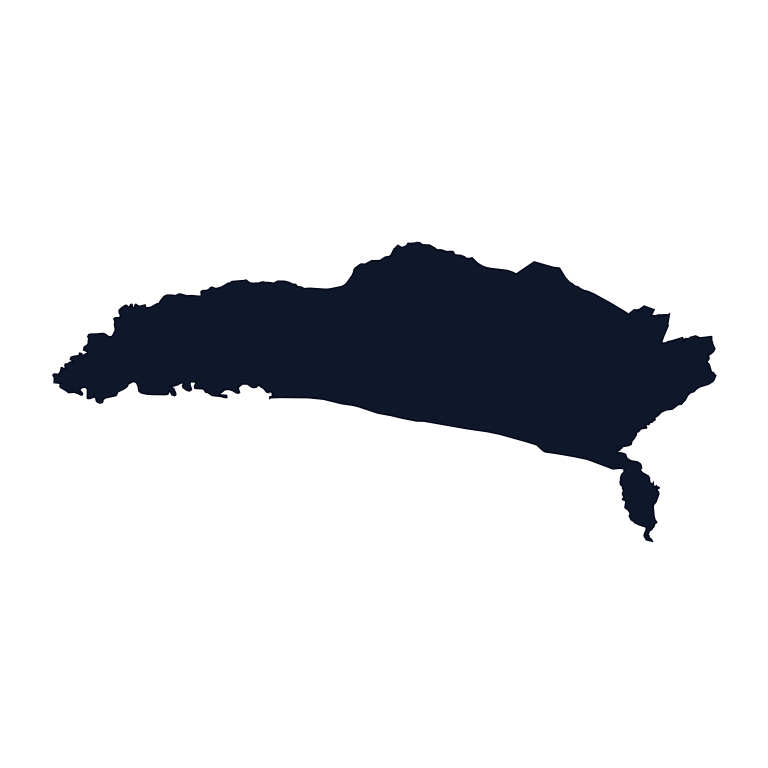 the district of Viterbo, Caldas, Colombia, rotated 93°
{"feature_id": "7082276B24939675265994", "entity_name": "Viterbo", "entity_type": "district", "adm_level": 2, "iso_a3": "COL", "parent_name": "Colombia", "parent_adm1": "Caldas", "projection": "equal_earth", "projection_center": [-75.869, 5.037], "detail": "fine", "context": "isolated", "style": "filled", "palette": "ink", "viewbox_px": 768, "rotation_deg": 93, "n_neighbors": 0, "source": "geoboundaries", "source_scale": "gbopen_adm2", "svg_char_len": 6133}
<svg xmlns="http://www.w3.org/2000/svg" viewBox="0 0 768 768"><g transform="rotate(93 384 384)"><path d="M462.0,115.4L459.1,121.3L456.4,124.0L454.6,122.4L452.0,122.9L450.2,124.0L448.5,127.0L447.9,132.6L446.8,135.6L444.9,138.0L442.1,138.8L441.2,140.0L440.4,143.5L440.5,147.3L438.1,147.3L438.3,146.6L437.6,145.1L436.3,144.7L435.5,143.2L434.0,142.5L432.7,136.7L431.3,134.0L428.0,133.5L425.4,131.4L421.5,129.4L419.1,129.4L418.2,127.3L415.3,125.2L414.2,119.7L413.5,119.5L412.0,120.4L411.1,120.0L410.5,119.2L410.6,117.3L408.8,116.9L407.8,113.9L406.2,113.0L405.7,111.5L405.1,111.3L403.9,112.2L403.1,111.8L401.6,109.2L397.4,105.5L395.0,100.5L394.0,94.8L389.0,89.0L388.7,86.1L384.4,82.5L379.5,80.2L376.8,77.8L375.3,74.0L372.7,71.9L370.2,68.4L367.4,60.4L364.5,56.1L363.1,54.9L358.3,53.1L356.4,55.2L355.4,55.5L355.1,57.6L347.4,60.3L345.2,62.8L342.0,60.8L340.6,60.8L338.8,61.9L335.4,57.7L333.9,56.4L331.3,55.5L327.8,57.4L323.0,59.1L319.9,59.2L319.5,59.5L321.5,70.9L319.7,75.3L321.3,80.2L323.1,82.5L322.8,85.0L323.5,85.9L325.5,86.3L322.1,88.4L326.1,99.4L326.7,102.2L328.2,104.8L328.8,109.2L322.4,107.5L310.9,103.3L309.5,103.8L299.2,102.7L300.2,103.9L300.0,106.4L300.4,107.6L300.3,109.3L301.0,110.8L300.4,111.7L300.8,112.2L300.7,114.0L301.7,115.9L301.7,120.8L295.7,118.2L292.6,128.3L296.3,132.9L297.0,136.0L296.7,137.9L301.6,143.5L299.2,147.3L291.2,162.5L282.9,179.7L280.8,185.5L280.1,189.5L278.3,193.4L277.0,195.0L276.2,198.6L274.2,201.1L272.6,204.3L268.2,208.6L259.1,214.8L258.7,221.2L254.2,240.4L267.4,257.8L265.8,261.0L264.2,266.8L263.0,284.3L262.2,289.0L261.1,292.0L258.6,296.8L253.4,302.7L254.3,305.6L254.2,308.5L252.8,310.3L251.6,313.8L251.4,319.5L250.7,320.5L248.2,322.0L248.1,324.6L248.6,328.3L247.1,333.6L247.3,338.3L245.8,340.0L242.9,345.8L243.0,352.7L241.0,356.0L241.0,358.7L241.8,361.0L242.3,365.3L242.2,367.3L244.4,368.5L245.3,369.6L246.7,372.7L246.4,374.6L244.8,377.4L249.1,381.2L255.1,383.8L256.3,385.2L257.2,389.3L261.0,394.5L261.6,402.8L265.4,409.1L265.4,413.2L266.2,414.5L269.6,418.6L271.5,419.9L274.1,420.2L277.5,421.6L284.7,426.1L287.1,428.3L288.9,431.2L291.9,442.7L292.5,446.6L292.3,463.4L293.0,468.8L291.6,471.4L291.3,475.5L289.2,477.5L289.2,480.2L287.5,484.3L286.6,489.0L286.9,495.7L289.2,499.2L288.7,504.8L288.9,507.9L288.4,509.5L288.8,512.1L290.0,514.5L289.9,517.1L290.4,519.1L290.1,523.4L287.4,527.3L288.0,529.0L289.7,541.5L291.8,543.5L291.3,544.5L295.9,551.5L297.4,556.1L297.4,558.0L296.4,560.3L296.7,562.1L299.2,564.3L300.0,566.6L300.2,570.0L301.0,571.2L301.7,571.6L305.0,570.9L305.7,571.5L306.1,572.9L305.8,580.8L306.3,585.3L304.8,592.4L304.9,593.5L306.7,596.6L306.4,600.9L306.6,605.4L308.1,608.2L312.9,611.8L315.2,612.6L315.8,614.9L319.4,620.5L320.1,622.7L320.4,625.4L319.5,626.4L317.8,626.5L317.6,626.9L319.4,632.7L317.4,636.0L318.2,636.8L320.4,637.2L321.0,637.9L320.6,639.3L318.3,639.5L317.6,640.2L318.0,641.2L320.3,642.1L320.9,642.8L318.9,645.3L319.0,646.3L320.4,648.4L322.9,651.3L324.4,652.4L326.4,652.2L329.0,650.8L331.2,651.0L331.7,652.3L331.9,655.6L332.8,657.1L336.1,655.9L338.6,656.3L344.1,655.0L349.5,657.3L350.9,658.4L351.2,659.7L351.1,661.6L348.7,665.3L348.2,667.4L349.1,673.0L349.6,679.6L350.1,681.3L352.1,682.3L354.5,681.0L356.2,681.6L358.6,681.3L360.5,682.2L362.8,685.3L365.7,685.8L367.3,681.6L368.3,681.3L371.4,686.3L371.1,687.1L369.5,687.5L369.1,689.5L371.8,690.2L372.5,694.9L373.6,697.8L375.6,698.6L376.9,696.5L378.1,695.8L378.7,698.9L380.6,700.9L380.6,703.1L381.9,703.7L384.5,702.8L385.6,704.7L384.4,706.6L384.6,707.1L388.2,707.7L391.0,709.1L391.4,709.8L391.3,713.9L392.1,714.9L393.0,714.8L394.7,713.5L399.9,713.5L400.2,707.2L403.5,707.5L404.4,706.7L406.9,701.8L409.1,698.5L408.4,692.8L409.5,689.0L410.8,686.3L410.9,685.1L409.2,684.5L406.7,687.0L405.0,687.4L403.3,684.9L402.8,682.2L403.7,680.5L405.1,679.9L413.7,679.5L414.0,678.8L413.9,677.1L412.0,672.5L413.0,671.2L416.2,670.2L417.2,668.9L417.9,666.9L417.5,664.8L416.7,664.0L414.3,663.7L412.5,661.7L409.6,651.2L408.5,650.3L406.0,649.8L402.0,642.6L399.6,640.2L397.4,639.5L394.7,634.9L394.8,632.8L395.9,631.1L399.0,629.5L403.9,628.3L405.3,626.5L405.8,625.0L406.5,620.1L406.6,615.7L406.0,601.4L405.5,599.4L402.8,598.1L402.3,597.0L405.7,595.5L406.6,592.6L405.8,591.5L404.6,591.4L399.7,593.7L398.7,595.7L397.7,596.2L395.7,590.3L393.5,586.7L393.4,584.9L394.8,584.4L396.5,585.1L398.3,584.3L400.6,580.4L401.1,578.5L400.9,577.4L400.0,576.3L399.2,576.1L394.7,577.8L392.2,577.6L391.8,576.6L391.8,573.4L392.2,572.2L392.9,571.7L396.2,573.2L398.0,572.7L398.3,572.0L398.2,566.0L398.5,564.4L399.5,562.9L401.3,561.9L401.9,559.2L404.4,555.0L405.0,546.0L405.9,541.5L405.6,540.2L403.6,540.7L403.5,546.1L402.7,547.5L401.5,547.2L400.6,545.4L398.1,542.9L397.5,538.5L398.4,535.0L400.5,531.0L400.8,528.7L399.9,527.8L396.8,529.2L394.6,529.1L391.4,525.4L391.2,520.4L394.0,515.9L394.4,514.0L393.8,511.3L391.5,509.7L395.1,503.4L398.1,501.0L398.6,498.5L397.4,498.5L397.3,497.6L399.0,494.1L399.6,494.0L400.0,494.9L400.4,494.2L401.1,494.2L402.7,496.0L402.8,497.3L404.2,497.2L403.7,496.7L402.8,487.2L401.6,459.1L402.3,443.7L405.8,425.4L406.8,414.2L407.8,408.8L413.4,388.5L415.1,375.0L417.1,364.5L419.2,349.6L419.0,341.9L424.3,298.4L426.2,277.7L427.9,266.6L434.1,238.7L436.7,228.4L442.2,221.7L443.3,219.5L444.5,206.2L446.8,187.8L448.6,176.7L456.8,150.8L455.8,144.3L456.0,140.1L459.3,139.5L462.0,142.0L466.2,142.9L467.3,142.3L469.1,143.1L472.0,142.6L473.7,140.4L475.4,140.4L475.6,139.4L476.4,139.9L478.7,139.1L480.4,140.1L481.6,140.0L485.0,138.3L486.1,139.5L486.9,139.7L487.7,137.0L488.5,136.3L494.8,136.9L497.2,133.5L499.6,131.8L501.1,131.3L502.9,132.2L506.8,130.0L506.9,129.1L507.6,128.8L507.7,126.9L509.2,126.7L511.2,122.0L513.1,114.8L515.6,114.4L519.6,115.9L521.8,116.3L522.6,116.0L525.9,113.8L527.0,107.8L525.1,108.9L523.6,111.1L521.5,111.6L520.8,113.0L519.4,111.9L517.4,111.8L514.9,108.7L513.6,108.3L512.3,107.0L509.7,106.5L507.9,104.4L505.3,106.3L502.2,107.4L491.9,108.8L490.6,108.5L487.4,106.2L479.9,103.9L478.0,104.0L475.1,106.1L474.5,106.0L473.7,104.0L473.0,103.9L472.4,105.1L472.8,106.5L471.5,106.7L472.8,108.3L472.7,108.8L470.8,109.7L468.7,109.9L470.4,110.9L469.2,112.1L468.9,113.3L463.9,114.1L462.0,115.4Z" fill="#0f172a" stroke="#020617" stroke-width="1.5"/></g></svg>